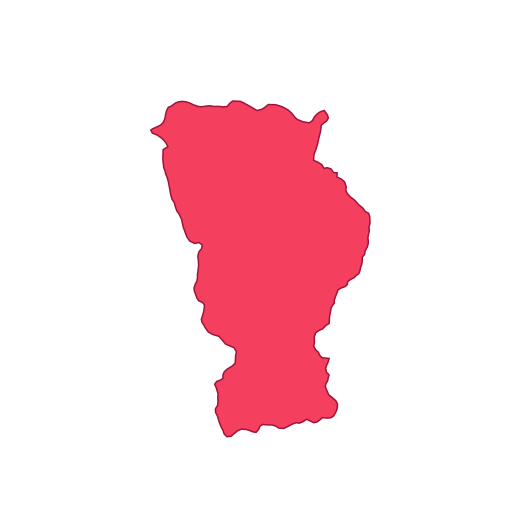 outline of Lins, São Paulo, Brazil, rotated 312°
{"feature_id": "56859067B10725298789827", "entity_name": "Lins", "entity_type": "district", "adm_level": 2, "iso_a3": "BRA", "parent_name": "Brazil", "parent_adm1": "São Paulo", "projection": "natural_earth1", "projection_center": [-49.692, -21.647], "detail": "fine", "context": "isolated", "style": "filled", "palette": "rose", "viewbox_px": 512, "rotation_deg": 312, "n_neighbors": 0, "source": "geoboundaries", "source_scale": "gbopen_adm2", "svg_char_len": 3432}
<svg xmlns="http://www.w3.org/2000/svg" viewBox="0 0 512 512"><g transform="rotate(312 256 256)"><path d="M409.8,209.4L407.4,207.9L404.9,206.8L401.6,206.3L398.5,206.3L394.5,207.3L390.7,206.6L387.3,201.2L385.1,195.4L385.1,192.3L386.0,186.9L386.0,182.2L384.5,175.7L381.6,169.4L376.8,163.8L371.8,163.0L369.0,162.2L364.7,159.3L363.9,154.8L361.9,145.8L360.5,140.9L355.6,135.0L351.7,134.3L347.6,134.5L344.4,131.3L342.8,128.8L339.0,124.6L336.7,121.1L333.6,118.3L330.5,115.7L328.2,112.6L326.4,108.0L325.0,103.4L323.5,100.3L321.5,97.7L319.1,95.5L316.1,93.9L310.4,92.6L307.8,91.3L304.1,92.3L300.2,94.4L298.0,95.9L295.6,97.0L292.5,97.7L289.6,97.5L285.6,96.0L281.8,94.2L279.1,93.6L278.0,96.9L279.8,101.6L280.4,106.7L280.3,110.4L279.7,113.7L278.3,117.4L273.0,115.8L270.3,118.0L268.0,119.9L265.2,122.4L262.0,126.0L259.9,128.3L258.2,131.8L256.5,134.0L254.9,137.5L252.7,140.9L250.4,144.0L247.7,147.5L244.7,151.4L242.1,155.3L240.9,159.7L238.7,163.0L236.5,167.1L235.5,171.4L233.4,176.3L230.9,179.6L228.9,182.4L227.2,185.6L225.6,188.6L223.8,192.3L222.8,196.7L224.3,202.0L227.9,204.7L228.2,208.7L225.0,210.7L221.4,210.7L218.3,212.0L216.1,213.7L214.2,216.1L210.5,219.7L206.3,222.7L203.0,224.9L200.8,226.9L197.9,228.8L194.3,229.8L190.8,231.3L188.6,233.8L187.2,236.7L185.4,239.8L184.4,243.3L185.6,247.3L185.2,250.3L182.8,252.3L179.5,254.4L176.3,256.0L172.3,257.8L170.6,260.2L169.8,263.2L168.8,266.0L167.6,271.4L168.7,276.2L170.1,279.3L171.5,282.1L171.0,286.7L170.2,292.2L171.7,296.8L173.2,301.1L171.6,305.7L168.3,307.5L165.2,310.1L162.4,312.2L158.0,311.9L153.8,310.6L151.1,310.0L148.2,310.0L145.6,311.0L142.9,313.3L140.0,312.6L136.5,310.7L133.0,311.1L131.4,314.8L129.9,317.2L128.1,320.2L125.2,322.3L122.5,325.1L119.3,327.4L115.3,328.1L112.7,330.6L111.3,334.3L109.3,337.6L107.7,340.3L105.8,344.2L104.1,348.6L102.5,351.2L102.2,355.3L105.4,358.1L110.0,358.7L114.5,359.4L117.9,361.3L120.8,365.2L122.1,368.2L123.3,371.5L125.0,374.1L128.8,374.0L132.4,372.8L135.4,373.8L137.8,377.1L141.2,381.0L142.9,384.7L143.4,388.1L146.4,392.0L151.0,393.9L154.8,395.2L159.0,397.4L160.6,399.9L164.3,401.8L168.5,402.9L169.4,405.7L170.8,410.5L173.5,412.4L176.4,413.0L180.5,413.7L183.2,417.4L185.8,419.8L188.9,420.7L192.4,420.0L195.3,419.2L198.3,417.5L200.4,415.7L201.8,412.4L201.9,408.2L201.5,403.0L203.7,398.1L205.5,394.6L208.1,393.4L211.1,392.8L213.6,391.3L216.5,389.9L216.8,386.0L219.1,383.0L221.8,381.7L225.0,380.7L228.8,378.9L224.6,373.1L224.9,369.6L226.2,366.9L226.2,363.2L227.6,359.2L230.4,357.6L232.7,355.6L234.8,353.5L238.8,351.8L242.5,352.5L246.5,354.3L251.0,354.4L254.8,355.5L257.1,353.7L260.2,351.2L264.5,348.6L267.6,346.6L270.3,345.9L273.2,345.8L275.8,343.6L279.7,342.0L282.8,340.8L285.9,339.6L289.2,340.7L293.0,342.7L295.8,343.0L298.4,341.2L302.5,342.2L305.9,343.5L308.8,343.5L311.3,344.2L313.9,343.5L316.9,341.7L321.0,339.9L323.9,337.9L326.2,335.7L330.0,335.6L332.4,333.9L337.1,332.7L340.3,331.1L342.4,329.3L344.4,326.9L347.8,324.9L350.8,323.2L352.9,320.7L356.4,318.9L359.0,316.5L361.2,314.4L363.1,311.1L362.2,307.6L363.1,303.4L362.8,298.0L363.5,292.2L363.1,286.3L363.4,282.4L364.9,278.8L367.7,276.8L370.4,272.2L370.2,267.5L368.9,263.2L372.1,260.7L369.9,257.7L370.9,253.6L369.3,249.8L366.7,248.1L367.9,243.6L367.0,238.5L365.6,234.9L367.7,233.1L370.0,231.3L377.1,228.4L381.0,226.5L384.8,224.3L388.9,222.1L391.6,220.7L393.8,219.2L396.9,217.0L400.4,217.4L403.2,218.2L406.9,217.5L408.7,214.5L409.8,209.4Z" fill="#f43f5e" stroke="#9f1239" stroke-width="1.5"/></g></svg>